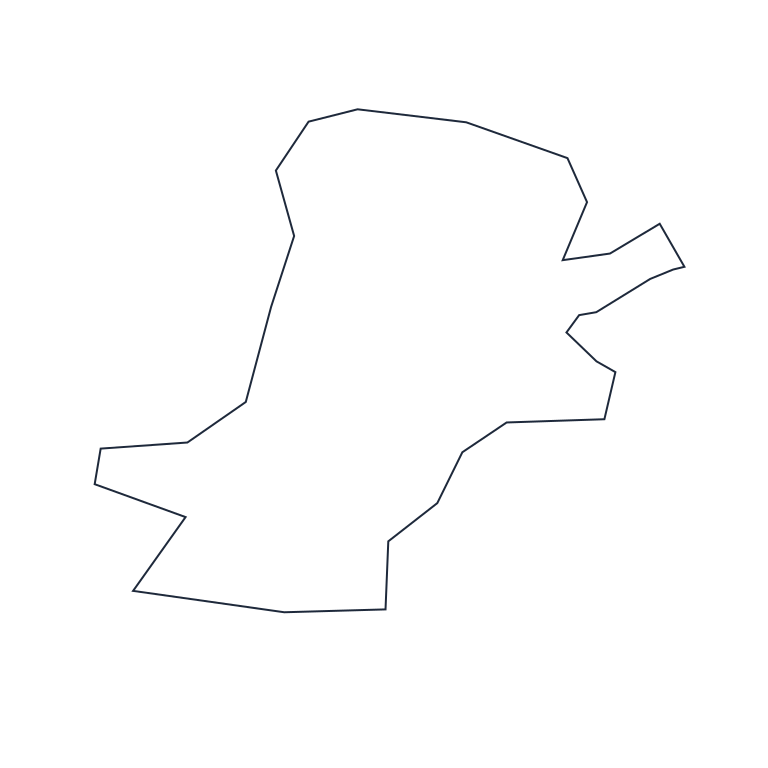 the border of Varkavas, rotated 288°
{"feature_id": "LVA-5751", "entity_name": "Varkavas", "entity_type": "Municipality", "adm_level": 1, "iso_a3": "LVA", "parent_name": "Latvia", "parent_adm1": "", "projection": "albers", "projection_center": [26.518, 56.217], "detail": "fine", "context": "isolated", "style": "outline", "palette": "slate", "viewbox_px": 768, "rotation_deg": 288, "n_neighbors": 0, "source": "natural_earth", "source_scale": "10m", "svg_char_len": 562}
<svg xmlns="http://www.w3.org/2000/svg" viewBox="0 0 768 768"><g transform="rotate(288 384 384)"><path d="M418.6,604.5L385.3,512.5L343.3,479.6L287.2,471.5L235.7,436.7L170.1,455.1L136.1,359.7L109.7,209.3L196.1,236.4L199.3,139.8L235.0,134.5L267.6,215.1L324.2,258.1L422.5,252.8L497.0,252.8L553.6,215.2L610.2,231.2L637.1,274.0L658.3,381.3L655.5,488.7L619.7,520.9L557.0,515.7L577.9,558.6L621.6,596.7L588.3,633.5L582.2,623.6L566.2,604.7L517.9,563.7L509.8,548.3L489.4,541.6L471.2,579.1L466.8,600.4L418.6,604.5Z" fill="none" stroke="#1e293b" stroke-width="2"/></g></svg>